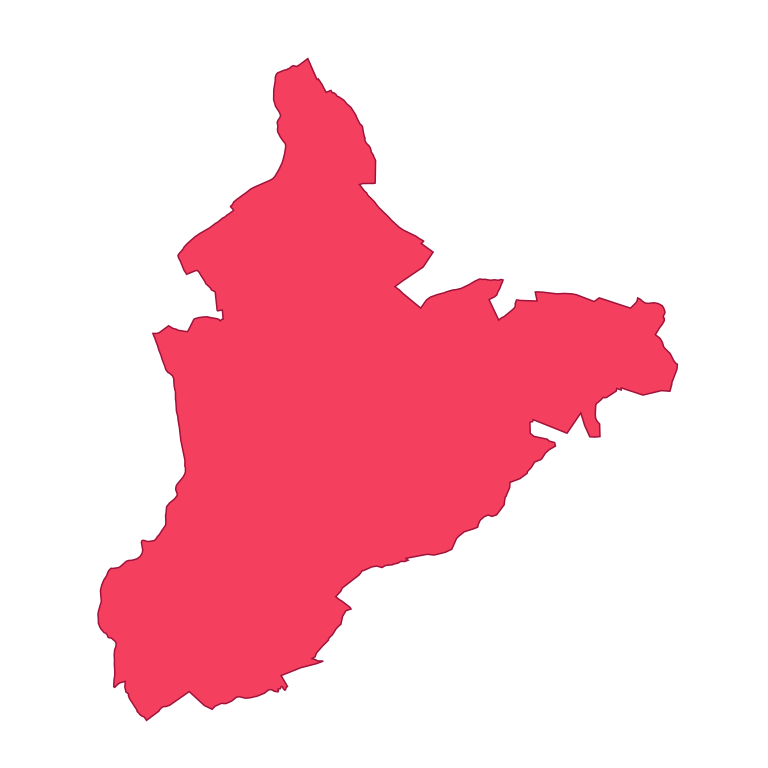 the district of Cenade, Alba, Romania, rotated 178°
{"feature_id": "2599482B32969381521315", "entity_name": "Cenade", "entity_type": "district", "adm_level": 2, "iso_a3": "ROU", "parent_name": "Romania", "parent_adm1": "Alba", "projection": "robinson", "projection_center": [24.001, 46.05], "detail": "fine", "context": "isolated", "style": "filled", "palette": "rose", "viewbox_px": 768, "rotation_deg": 178, "n_neighbors": 0, "source": "geoboundaries", "source_scale": "gbopen_adm2", "svg_char_len": 6103}
<svg xmlns="http://www.w3.org/2000/svg" viewBox="0 0 768 768"><g transform="rotate(178 384 384)"><path d="M664.7,90.9L663.7,90.2L660.1,93.5L658.2,94.6L652.9,95.8L653.6,90.3L652.6,85.1L650.2,83.2L650.1,82.3L650.3,81.9L650.3,81.4L649.3,78.4L642.6,67.3L642.2,66.3L642.1,65.2L640.8,64.1L639.5,62.1L637.4,60.5L635.3,59.6L633.1,56.1L620.4,64.9L619.1,66.9L616.4,69.1L612.6,69.4L609.3,70.5L589.4,83.4L574.8,69.0L567.1,64.9L564.0,67.9L557.8,70.5L553.2,70.1L547.2,72.5L542.3,76.2L539.3,76.5L533.8,74.9L529.2,75.0L521.5,76.5L514.2,79.2L510.1,82.3L508.0,82.5L506.5,82.2L504.5,80.8L500.8,80.0L500.1,81.3L500.6,82.4L500.2,83.0L498.4,83.0L497.3,85.1L496.6,85.2L495.7,84.8L495.5,83.3L493.9,81.5L493.1,81.8L492.4,84.0L491.0,85.1L497.0,96.2L477.0,103.4L461.5,106.8L454.3,109.2L460.0,109.6L462.1,110.9L465.5,112.0L462.4,113.8L460.8,117.6L454.7,124.1L448.5,129.9L448.3,131.0L447.6,132.3L444.3,135.2L440.4,141.0L437.8,143.6L435.5,145.3L433.5,153.2L430.0,158.7L424.8,160.3L425.9,162.1L434.0,168.8L436.1,170.0L439.7,173.2L434.4,178.4L432.9,181.5L415.5,194.1L412.3,198.1L410.5,198.4L402.7,201.6L397.5,202.3L392.7,200.7L391.7,200.8L391.2,201.5L388.2,202.7L382.0,203.0L380.3,203.8L376.5,204.4L373.4,206.1L369.4,205.9L366.0,207.1L367.4,208.1L368.1,209.0L346.7,212.3L339.8,211.3L328.5,213.7L322.0,216.5L316.9,227.1L314.8,229.1L308.9,233.5L298.4,236.5L295.3,237.7L294.8,240.1L292.7,244.4L288.6,247.8L284.5,249.4L280.7,247.9L276.0,249.3L268.2,259.0L266.9,266.5L265.6,267.9L265.2,269.4L262.0,276.0L261.5,281.3L251.6,284.6L244.1,289.7L243.6,291.6L239.9,295.2L236.1,300.8L229.9,303.0L228.8,303.9L225.2,309.2L221.2,312.6L214.8,316.0L215.5,319.5L221.1,321.3L222.7,323.1L235.9,326.4L239.6,329.6L239.5,340.6L236.7,341.3L236.2,343.2L202.8,328.4L188.3,348.2L184.9,335.5L180.2,324.1L175.4,323.6L170.0,323.9L169.9,336.5L172.3,339.3L173.7,342.4L173.9,346.3L173.2,354.7L172.6,356.8L167.3,360.9L165.8,362.9L163.8,362.5L161.8,362.9L152.2,368.8L151.6,371.4L147.2,369.7L147.0,371.8L125.6,363.9L107.0,367.7L98.5,366.8L97.2,370.9L97.2,371.8L96.5,372.9L96.2,375.5L90.7,388.5L90.1,393.5L91.7,394.6L93.4,396.8L97.0,404.5L101.9,409.6L103.2,411.5L104.3,415.8L106.0,419.2L106.9,420.3L111.1,423.8L106.5,430.7L103.8,434.0L101.7,437.4L101.6,439.9L102.4,440.4L102.4,442.0L102.1,442.9L101.1,444.4L100.7,445.7L100.9,447.3L101.9,450.3L103.2,452.5L107.1,454.8L111.4,455.8L117.5,455.3L120.3,455.9L123.5,458.2L124.4,459.4L127.4,461.2L128.3,458.0L128.9,456.9L135.0,451.2L165.9,462.6L171.1,459.1L188.3,466.4L192.9,467.5L200.2,468.2L208.4,468.1L222.4,470.3L229.1,470.8L229.6,470.7L229.6,470.4L228.1,461.6L244.3,462.7L248.6,463.4L250.0,460.0L250.2,456.8L250.7,455.9L252.8,453.9L261.7,447.1L264.3,446.0L267.1,443.9L276.1,464.7L270.4,467.3L268.2,469.0L266.9,472.2L264.9,475.5L263.4,479.3L262.0,482.0L261.4,483.8L263.2,484.4L266.0,483.7L269.8,484.3L274.1,484.0L279.8,485.2L281.0,485.0L284.8,485.6L289.6,483.6L295.4,480.4L303.4,476.9L308.5,475.8L312.3,475.5L318.1,474.0L320.5,473.1L327.2,471.6L334.7,469.2L338.6,466.5L344.7,458.6L362.1,474.0L365.3,477.4L369.7,480.9L361.9,486.3L340.8,499.5L330.3,514.1L341.9,523.1L340.7,524.0L339.4,525.4L340.3,526.1L343.7,528.1L346.8,530.5L359.2,537.1L363.5,540.2L370.9,547.5L374.0,551.2L382.7,560.2L384.9,563.0L387.2,566.5L393.5,573.1L394.7,575.6L396.6,577.4L401.6,584.2L398.1,585.1L386.9,584.8L385.8,585.1L384.6,607.7L386.4,611.8L386.6,613.0L388.5,616.1L389.3,620.2L390.7,622.6L393.2,625.2L394.5,627.9L394.6,629.1L394.3,630.1L394.9,631.7L395.8,636.0L396.5,641.9L397.5,643.5L398.8,644.5L401.7,650.6L402.8,653.8L407.3,661.5L411.4,665.3L414.2,669.0L418.6,672.2L420.8,673.3L422.0,675.2L423.8,676.7L425.6,676.9L426.8,679.3L431.7,677.5L435.6,685.7L438.5,690.4L439.0,691.2L440.3,690.6L448.8,711.9L457.4,705.9L460.1,704.4L463.6,705.3L465.5,704.5L467.4,702.8L469.4,702.1L470.1,701.5L473.2,701.0L479.6,698.6L480.9,697.1L481.9,694.4L482.2,690.2L483.9,681.9L484.4,672.0L482.7,665.3L479.0,659.0L478.1,656.5L478.2,655.4L478.8,653.8L480.5,651.6L481.6,649.4L481.1,644.9L481.6,642.2L481.4,639.6L479.1,634.7L477.3,631.7L474.3,627.7L473.9,625.0L475.2,618.1L476.8,612.4L478.1,608.6L481.3,602.4L485.9,595.1L488.2,592.9L491.5,591.3L506.8,585.2L510.6,583.4L514.7,580.3L523.6,574.4L527.9,571.1L529.2,568.6L530.9,567.2L531.2,566.5L528.6,563.6L528.4,563.0L528.9,562.3L532.6,559.7L534.9,558.4L537.0,556.6L539.6,555.4L544.9,551.3L546.5,550.6L553.2,545.9L562.9,540.8L567.9,537.6L575.6,531.3L579.1,527.7L580.0,526.0L583.9,521.8L585.4,519.8L585.1,517.8L583.1,513.5L580.0,504.9L577.4,500.5L568.5,503.8L566.7,504.0L564.7,501.9L563.3,499.1L559.4,492.6L558.7,490.6L553.9,485.8L553.5,485.3L553.6,484.6L553.2,484.1L549.5,482.0L548.2,463.6L547.7,462.9L543.0,463.6L542.5,454.4L544.0,454.2L545.5,452.8L546.0,453.1L546.7,454.3L548.4,455.0L557.2,456.9L557.7,457.3L562.3,457.3L566.9,456.8L570.6,455.9L571.8,455.2L577.2,445.3L578.7,443.1L588.2,445.0L589.5,445.9L593.1,447.0L597.2,449.7L607.1,443.0L609.4,442.5L613.2,442.6L612.1,439.3L611.4,438.0L610.6,435.0L608.9,430.0L607.8,425.7L605.9,420.4L604.8,416.1L602.5,409.6L601.8,406.7L601.1,405.2L599.4,403.0L597.8,402.2L594.7,399.1L594.6,398.1L594.0,397.1L593.8,389.5L593.3,386.0L592.7,383.6L592.9,376.2L592.6,373.7L592.4,364.2L591.2,358.5L591.1,355.7L590.0,347.4L589.0,334.7L585.6,314.6L585.9,308.7L585.4,307.7L585.5,303.2L586.3,301.0L588.1,297.9L593.6,291.8L595.1,289.7L595.6,287.9L595.9,285.9L594.7,282.1L594.5,280.9L594.8,279.5L597.5,276.3L602.4,272.7L605.6,268.8L606.3,262.9L606.9,260.1L606.8,253.9L607.2,250.5L611.2,245.2L613.9,241.2L615.7,239.5L617.7,236.6L619.2,235.5L625.0,234.8L627.2,235.2L629.3,236.1L630.3,236.2L631.3,235.9L631.8,235.0L631.9,233.7L630.9,226.2L631.8,222.9L633.7,220.2L637.0,217.9L641.6,216.7L645.8,216.5L647.9,215.7L653.7,210.9L655.6,209.8L661.4,209.1L663.2,209.4L665.3,207.5L666.3,206.0L668.0,201.9L670.7,198.2L672.9,193.3L673.9,190.2L674.6,187.4L674.1,176.6L677.2,167.3L677.9,163.9L677.7,158.6L677.8,154.9L676.4,150.9L675.2,148.7L672.5,145.4L670.9,144.7L669.5,143.2L668.7,140.7L667.9,140.1L665.4,139.6L661.7,136.2L660.9,134.9L660.8,132.5L661.3,130.6L662.5,127.6L663.1,122.7L663.0,118.5L663.3,112.2L663.1,108.2L663.2,102.8L664.1,97.9L664.7,90.9Z" fill="#f43f5e" stroke="#9f1239" stroke-width="1.5"/></g></svg>